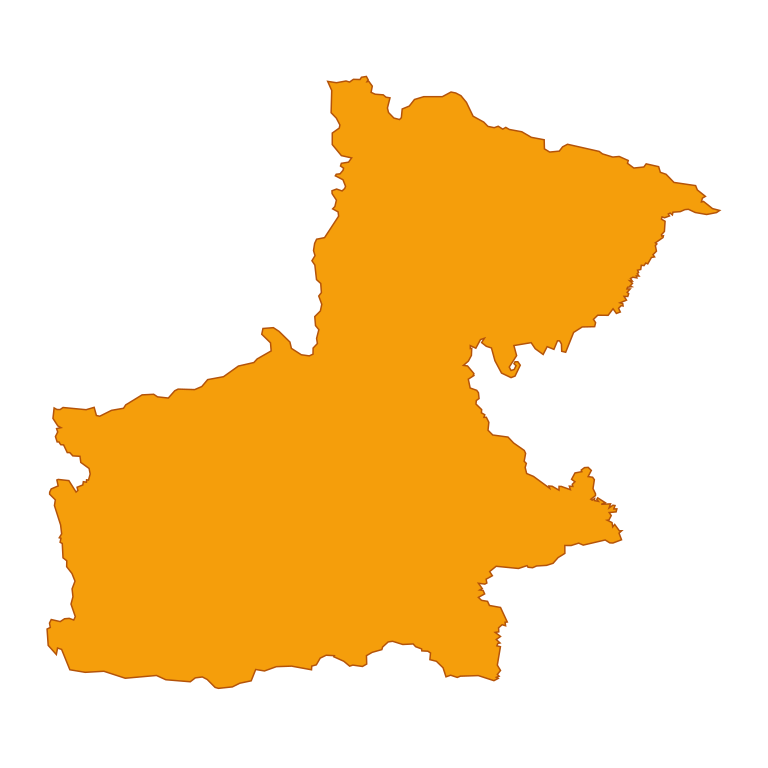 Kanbalu, Sagaing, Myanmar, rotated 91°
{"feature_id": "60261553B80816237630627", "entity_name": "Kanbalu", "entity_type": "district", "adm_level": 2, "iso_a3": "MMR", "parent_name": "Myanmar", "parent_adm1": "Sagaing", "projection": "natural_earth1", "projection_center": [95.451, 23.357], "detail": "fine", "context": "isolated", "style": "filled", "palette": "amber", "viewbox_px": 768, "rotation_deg": 91, "n_neighbors": 0, "source": "geoboundaries", "source_scale": "gbopen_adm2", "svg_char_len": 6129}
<svg xmlns="http://www.w3.org/2000/svg" viewBox="0 0 768 768"><g transform="rotate(91 384 384)"><path d="M673.9,284.6L678.7,268.9L676.4,264.7L675.3,266.5L674.2,263.8L672.4,265.6L668.4,262.5L663.1,265.8L644.6,263.0L643.8,266.6L641.4,265.7L640.9,263.5L637.5,267.3L634.4,263.1L630.4,268.5L629.8,264.9L625.8,265.2L622.6,261.7L623.6,258.2L620.1,258.8L619.8,256.6L605.4,263.6L603.6,274.7L599.5,276.7L598.6,282.7L595.7,285.9L592.1,279.7L588.7,281.3L588.3,284.7L586.8,282.2L581.6,286.1L582.3,279.7L581.2,277.7L577.4,278.5L573.8,272.3L569.7,275.1L564.3,268.7L566.1,246.3L563.1,237.8L564.7,236.8L565.1,232.2L563.3,228.3L562.5,218.3L560.3,211.8L554.5,206.9L550.2,200.2L542.3,200.4L542.2,194.0L539.7,186.6L541.6,182.0L536.1,160.1L538.9,155.5L539.0,152.3L535.6,143.8L529.0,146.4L526.6,143.8L526.7,146.1L520.4,150.9L522.9,152.8L518.6,153.6L516.3,158.4L516.0,156.7L511.6,154.5L508.6,156.6L507.8,149.7L504.8,149.0L504.9,152.1L501.5,150.9L501.2,153.0L504.0,156.8L499.9,155.4L500.5,164.7L498.8,160.7L494.1,168.3L495.6,169.2L497.6,167.6L496.9,171.5L494.9,171.4L496.5,173.8L495.6,175.2L491.9,170.6L490.1,170.6L484.9,173.2L476.0,172.0L473.6,173.8L473.0,178.3L466.8,175.2L463.8,178.4L464.1,182.1L466.6,185.3L468.2,184.7L469.6,191.5L476.0,194.8L478.4,191.4L481.0,194.0L483.1,193.4L482.9,196.9L486.4,195.8L483.3,205.0L483.3,207.2L487.1,207.2L483.3,214.1L483.1,217.3L485.4,216.5L473.8,232.9L471.0,239.8L465.0,241.4L460.9,240.3L458.8,242.5L450.9,241.2L448.0,242.6L440.7,253.4L434.9,259.1L433.1,274.4L428.4,279.2L420.5,278.5L415.5,281.1L415.6,283.5L413.0,282.7L411.1,286.1L407.9,285.9L402.4,291.7L398.9,291.4L396.9,288.7L391.1,289.4L388.7,291.2L386.5,297.8L377.7,299.8L373.6,293.7L373.8,294.9L372.0,294.3L364.5,300.8L364.0,304.9L359.6,300.0L353.9,297.1L346.9,296.9L347.1,298.3L344.1,298.4L346.6,292.8L337.9,288.3L336.5,284.4L340.9,287.1L344.5,282.4L346.1,277.2L358.8,273.5L371.0,266.7L375.4,257.1L373.8,253.1L362.8,248.1L359.4,250.6L359.5,253.4L361.4,254.4L363.4,252.3L367.2,254.1L368.3,257.2L364.9,259.1L353.3,251.9L343.3,254.8L340.1,237.6L346.1,233.4L351.7,225.4L343.8,221.5L346.4,214.7L337.8,211.3L337.8,209.2L340.9,207.3L348.2,206.9L349.1,202.9L329.1,195.3L323.5,186.8L323.0,174.4L319.0,173.5L315.7,175.7L311.5,171.5L311.4,161.1L304.8,156.3L309.4,152.9L307.9,149.0L304.2,150.8L301.5,148.2L301.8,146.3L299.5,146.7L298.7,149.4L295.9,143.0L292.2,145.5L292.2,141.8L289.4,140.9L288.1,142.5L284.7,139.5L284.7,142.8L283.0,142.1L282.4,138.0L281.6,139.6L279.0,137.3L276.5,140.1L276.8,137.5L274.2,139.4L272.9,137.1L273.5,133.0L271.5,133.6L271.6,130.9L269.3,132.7L268.1,131.4L265.8,132.5L265.0,129.3L260.8,128.8L261.1,126.1L258.5,124.4L259.3,122.4L252.8,118.8L252.2,115.7L250.0,117.3L246.4,113.9L240.9,115.1L239.2,113.6L238.1,115.1L232.7,107.6L230.9,107.2L231.2,108.9L229.9,109.2L226.6,106.3L216.4,105.8L214.3,109.5L212.1,108.9L212.9,106.4L211.0,101.5L209.0,102.7L208.1,100.9L209.9,98.6L207.2,98.1L206.5,90.8L204.4,86.2L204.0,82.7L207.1,75.8L208.9,64.4L206.8,54.5L204.6,51.4L202.9,58.6L195.9,67.7L196.4,69.8L192.6,68.9L190.8,65.9L184.5,74.1L180.2,75.9L177.4,97.6L169.4,105.6L167.5,111.4L161.9,113.2L159.3,125.7L162.5,128.0L163.7,138.0L159.1,144.4L156.3,143.7L152.4,152.8L153.1,159.2L150.1,169.6L147.7,172.9L141.1,204.7L143.8,209.6L148.1,212.8L149.2,222.4L146.1,227.7L137.0,228.1L134.8,241.0L129.4,250.6L127.3,263.2L125.3,266.7L127.1,269.7L124.3,274.3L125.8,278.3L124.6,284.6L120.4,288.8L114.7,299.6L101.0,306.5L94.4,312.1L91.8,317.3L90.9,322.1L95.7,330.7L96.0,349.2L99.0,358.5L105.7,363.6L108.7,370.6L117.4,371.3L119.3,373.1L117.9,378.8L112.5,384.2L108.0,385.4L97.8,383.0L97.2,387.0L94.9,389.8L94.4,397.9L92.6,402.0L86.4,400.9L81.6,404.5L82.0,406.2L80.2,405.1L76.8,407.0L77.7,411.9L80.0,413.3L79.9,419.9L82.7,423.7L81.7,427.3L83.6,436.8L82.4,445.6L91.4,441.4L113.7,441.6L119.0,436.3L125.8,432.6L128.9,433.2L134.0,440.1L145.5,439.9L156.4,430.6L158.5,420.3L162.8,423.3L164.1,430.5L166.8,431.3L168.9,428.2L171.1,428.7L174.6,431.6L175.1,435.4L176.7,436.3L180.5,428.6L187.0,425.9L189.2,426.7L191.7,429.3L189.9,434.8L191.7,439.4L194.6,439.2L201.0,434.8L207.4,436.2L209.8,438.4L212.7,432.9L217.0,432.3L238.7,446.0L240.4,453.9L244.6,455.8L251.8,456.8L256.9,455.2L262.0,458.2L266.3,455.2L280.8,453.3L284.6,449.0L293.7,448.2L297.2,450.8L305.4,447.6L312.1,448.9L317.8,454.4L326.8,453.5L330.8,450.1L339.6,452.2L344.7,451.3L349.3,455.5L355.4,455.5L357.2,459.2L356.2,467.2L350.0,477.2L343.7,478.8L333.2,489.9L329.6,495.6L330.6,506.0L336.4,507.1L344.8,498.2L352.9,497.4L361.1,511.2L364.8,514.5L368.6,529.9L379.5,544.6L382.7,560.4L389.7,566.1L392.9,573.2L392.7,589.8L394.4,593.1L401.8,599.4L400.8,610.2L398.3,614.1L399.1,625.7L409.4,641.9L412.8,644.0L415.1,656.0L421.2,667.7L420.5,671.0L412.4,673.4L414.9,681.4L413.1,704.5L415.2,707.4L415.2,710.6L413.7,713.4L424.2,714.4L431.6,709.4L433.3,706.2L434.3,710.6L437.7,709.4L442.3,711.6L447.6,709.8L447.6,708.0L450.3,706.2L450.5,703.3L458.1,699.5L458.1,696.9L461.3,693.9L461.6,686.7L467.7,685.8L473.6,677.4L479.1,676.2L485.2,677.8L485.0,679.7L487.4,679.8L486.9,682.9L490.2,683.4L492.6,689.1L495.8,688.2L497.4,690.0L486.1,697.4L485.1,708.1L485.7,709.4L491.6,708.0L494.7,714.9L498.0,716.4L500.0,716.4L505.6,710.6L511.3,711.4L530.5,704.9L539.5,703.7L543.4,706.0L543.9,704.3L547.9,705.1L549.1,702.9L563.4,701.9L566.3,698.1L572.2,698.1L578.9,692.7L586.5,689.5L594.3,692.3L602.1,691.3L609.5,693.1L622.0,688.6L625.4,690.1L623.8,694.6L624.3,699.3L627.2,703.6L625.3,712.6L628.9,714.3L633.2,713.4L634.9,716.6L651.2,715.2L660.2,706.9L653.7,705.8L655.0,701.7L675.2,693.1L677.5,677.7L676.1,659.1L682.7,637.6L679.4,606.4L683.5,597.0L685.1,572.5L681.1,567.5L680.1,560.5L682.5,555.6L690.3,547.6L691.2,544.2L689.5,530.3L685.7,523.0L683.1,511.6L671.7,507.3L673.0,498.5L668.5,486.7L667.7,471.5L671.0,451.5L667.3,451.3L666.0,446.8L659.2,443.0L656.2,437.1L656.5,428.9L657.6,429.4L661.9,419.4L666.7,413.4L665.6,410.3L666.8,400.6L664.3,396.4L655.9,396.8L652.5,391.1L649.6,381.5L647.0,380.8L641.8,375.3L641.1,370.9L644.1,360.7L643.4,350.3L646.1,347.8L648.2,341.8L650.2,341.5L650.4,335.5L652.1,332.8L658.8,333.3L660.3,326.8L666.7,320.0L675.7,316.9L674.0,312.3L676.1,305.6L674.8,302.6L673.9,284.6Z" fill="#f59e0b" stroke="#b45309" stroke-width="1.5"/></g></svg>